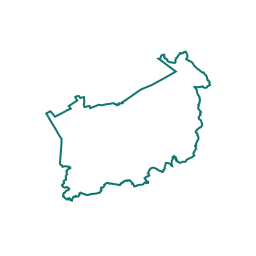 outline of Tepechitlán, Zacatecas, Mexico, rotated 140°
{"feature_id": "50627088B62604007520144", "entity_name": "Tepechitlán", "entity_type": "district", "adm_level": 2, "iso_a3": "MEX", "parent_name": "Mexico", "parent_adm1": "Zacatecas", "projection": "natural_earth1", "projection_center": [-103.352, 21.615], "detail": "fine", "context": "isolated", "style": "outline", "palette": "teal", "viewbox_px": 256, "rotation_deg": 140, "n_neighbors": 0, "source": "geoboundaries", "source_scale": "gbopen_adm2", "svg_char_len": 5760}
<svg xmlns="http://www.w3.org/2000/svg" viewBox="0 0 256 256"><g transform="rotate(140 128 128)"><path d="M34.8,149.3L35.8,149.9L36.4,149.9L36.7,150.3L37.0,150.2L37.3,149.9L39.4,150.7L39.4,151.7L40.3,152.0L40.8,151.4L42.3,151.4L43.9,150.9L44.6,150.4L44.9,150.6L46.1,150.6L46.8,149.9L47.9,149.8L48.3,149.5L48.7,148.3L49.8,147.7L50.3,147.8L51.4,148.9L52.3,150.2L53.4,151.0L54.7,153.5L54.5,154.2L53.9,155.3L54.6,156.7L55.0,158.1L54.7,158.8L54.4,158.8L54.5,159.6L54.3,159.9L53.4,160.4L53.3,161.2L53.9,161.4L54.3,161.3L54.7,161.7L55.7,162.1L58.1,160.9L59.4,159.7L59.5,160.8L60.0,161.2L55.1,140.5L70.0,143.2L82.3,145.7L93.3,149.2L112.5,150.9L115.6,151.4L116.0,150.5L116.6,150.6L117.2,151.3L117.8,151.6L119.0,152.6L119.6,151.7L120.6,152.6L120.8,152.3L121.3,152.7L121.9,152.7L121.9,153.8L122.6,154.1L122.7,154.4L122.8,155.9L123.1,156.3L128.8,159.7L129.7,160.4L133.3,162.0L135.3,164.5L144.1,167.4L143.3,169.6L147.9,172.1L146.9,174.4L145.8,175.3L144.9,175.7L141.9,180.1L145.3,181.7L145.0,183.8L146.6,185.2L148.6,185.6L149.2,181.7L159.2,182.9L159.4,179.6L164.3,181.0L165.6,181.1L171.2,182.3L176.7,183.6L176.6,186.8L176.7,190.7L181.2,191.7L182.8,182.7L184.3,172.8L185.0,169.4L186.1,162.0L187.5,160.7L188.0,159.8L203.1,144.4L203.3,143.0L202.9,142.4L202.7,141.5L203.2,140.5L203.1,140.3L201.7,139.7L200.5,138.9L199.4,137.7L198.7,136.6L198.0,136.1L197.7,135.8L197.8,135.7L197.9,134.4L198.2,134.4L198.4,134.7L199.9,134.7L201.0,135.1L201.8,134.7L202.9,134.6L202.9,134.0L203.4,133.4L203.8,133.2L203.9,132.9L204.4,132.3L204.5,131.7L205.2,131.6L206.7,131.0L206.9,130.5L207.3,130.1L207.9,129.8L208.5,128.3L209.3,128.3L210.0,128.6L211.2,128.8L211.5,128.7L212.2,126.9L212.6,126.7L213.0,126.9L213.5,126.7L214.7,126.9L215.4,126.7L215.5,126.5L215.4,126.2L215.5,125.6L215.4,125.4L215.5,124.8L215.2,124.7L215.3,124.0L215.2,123.7L214.5,122.7L213.9,122.3L212.7,122.2L212.5,121.0L212.0,119.3L212.9,118.8L213.8,118.9L215.8,119.6L216.8,119.5L217.9,118.9L218.8,119.5L219.5,119.4L221.6,117.6L221.5,117.3L221.2,117.3L221.5,116.8L221.2,116.6L221.5,116.2L221.5,115.6L221.2,115.0L221.4,114.8L220.8,112.7L220.2,111.8L219.9,111.8L219.1,112.6L218.9,112.5L218.6,112.2L218.0,112.0L218.2,111.5L218.3,110.3L218.5,110.1L218.5,109.7L217.6,108.4L216.6,109.2L216.6,109.6L215.6,109.6L214.6,110.2L214.2,110.3L213.5,110.2L213.1,109.4L212.1,109.5L211.9,109.7L211.6,109.7L211.4,109.1L211.4,108.7L211.2,108.2L210.9,107.8L210.3,107.6L209.5,107.5L209.0,107.9L208.7,107.8L208.1,108.0L207.7,109.0L207.3,109.2L206.7,109.0L206.1,109.0L206.1,108.4L205.6,108.1L204.9,107.3L204.3,105.9L203.5,104.7L203.3,104.7L203.1,103.6L202.2,102.7L200.2,101.6L199.4,101.6L199.1,101.2L198.1,100.8L197.8,100.4L197.2,100.2L196.6,99.6L194.7,98.4L194.2,98.0L193.7,97.7L192.8,97.7L191.8,96.8L190.6,96.6L189.6,97.4L189.0,97.4L188.6,97.1L188.2,97.3L187.9,97.9L188.0,98.0L187.8,99.1L187.2,99.5L186.7,99.5L186.0,99.2L185.4,98.5L183.6,98.8L182.8,99.3L182.7,99.7L181.7,99.3L181.0,99.9L180.6,99.8L179.1,99.4L178.9,99.2L178.6,98.6L178.2,98.2L178.3,97.7L177.9,97.1L176.3,96.2L176.0,95.4L172.8,91.9L171.9,90.5L171.0,89.5L170.4,89.8L169.8,89.6L169.7,90.0L168.6,90.2L168.4,90.0L168.1,90.1L167.7,89.7L166.1,89.3L165.8,89.9L164.3,89.5L163.4,88.9L162.6,88.0L162.5,87.9L162.3,88.2L162.0,87.7L161.3,87.6L160.3,87.0L160.3,86.4L160.1,86.0L160.2,84.6L160.1,83.7L160.7,82.9L159.9,82.6L160.4,80.2L160.7,79.9L160.9,79.4L159.4,78.4L158.3,78.3L157.9,77.9L157.2,77.9L156.0,77.3L153.9,75.7L152.6,75.1L151.1,75.4L149.5,75.3L149.6,74.2L148.7,74.1L148.0,73.0L147.6,73.4L147.1,73.7L147.3,74.3L147.9,74.5L148.2,75.1L147.6,77.1L147.7,78.0L147.6,78.9L146.7,78.9L143.3,78.4L143.3,78.0L142.3,77.9L141.8,79.0L141.8,79.4L141.4,79.9L141.4,80.3L141.6,80.5L141.2,80.6L140.1,81.4L139.7,81.4L137.9,82.4L137.3,82.2L136.4,82.4L135.8,82.0L134.8,81.9L134.1,81.2L133.3,80.1L133.0,79.3L132.5,78.9L132.1,77.7L132.0,76.7L131.7,75.4L131.2,75.0L131.0,74.3L130.8,74.2L130.4,73.7L130.3,72.4L129.6,72.1L128.3,72.2L127.8,73.1L127.2,72.8L126.3,73.1L125.7,73.6L125.6,74.0L121.3,76.9L120.3,75.9L119.4,74.7L119.0,73.8L118.8,72.4L119.0,71.4L118.6,70.5L117.7,72.4L116.9,73.4L115.5,74.8L114.2,75.2L113.7,75.5L112.6,77.1L110.8,76.9L110.8,76.4L111.5,75.6L111.3,75.2L110.3,75.0L110.3,74.4L111.1,74.0L111.1,73.5L111.3,73.8L111.5,73.8L111.4,73.0L111.8,72.7L112.1,71.6L111.6,69.9L110.9,68.7L110.8,68.2L110.5,68.1L109.9,67.5L107.6,66.9L106.6,65.9L105.5,65.2L105.2,65.2L104.6,65.7L104.2,65.9L102.5,65.8L100.1,65.2L98.2,64.5L95.0,64.3L95.0,65.0L94.7,65.8L94.5,66.1L94.1,66.2L93.5,67.1L92.8,67.1L92.5,67.4L92.0,67.4L90.9,67.9L89.1,68.3L88.0,71.3L87.0,70.6L86.0,72.3L84.8,72.7L83.7,73.4L81.4,74.2L80.5,74.9L79.7,76.1L79.5,77.8L79.1,77.9L78.5,79.3L78.9,79.5L78.7,81.3L78.3,81.9L74.1,82.4L72.1,82.0L72.0,81.8L71.5,81.8L69.3,82.5L68.6,83.1L68.6,84.0L67.6,86.0L67.2,87.3L67.7,88.4L67.7,89.7L67.6,90.1L67.2,90.1L66.8,90.8L66.3,91.0L65.1,91.3L64.9,91.5L64.0,91.5L63.7,92.5L63.0,92.5L62.7,93.6L61.8,93.5L61.7,97.8L61.5,98.1L60.7,98.8L60.1,99.0L59.7,100.0L58.8,100.2L58.8,100.8L57.6,101.0L56.9,101.5L56.8,101.9L56.5,101.9L56.0,102.2L55.6,102.8L55.2,102.8L54.9,103.0L54.6,103.4L54.3,104.6L54.1,105.0L53.5,105.2L53.1,107.0L53.2,108.0L52.8,108.8L52.3,110.9L50.8,113.1L50.7,114.1L50.7,116.6L50.3,116.5L49.8,116.0L49.4,115.3L48.4,114.4L46.2,113.1L45.4,112.4L44.2,112.0L44.1,111.7L43.9,111.5L44.2,111.1L43.9,110.2L42.8,108.9L42.0,108.5L40.9,108.6L40.6,108.8L39.5,108.7L39.0,108.3L37.9,108.3L37.7,108.2L37.6,108.7L37.1,109.9L36.6,109.9L36.0,110.5L35.8,112.1L36.1,112.3L36.3,113.0L36.3,113.3L35.8,113.9L35.9,114.3L35.6,115.0L34.5,117.1L34.4,119.0L34.7,119.5L34.4,121.9L35.2,122.4L35.9,125.0L36.1,126.8L36.8,128.7L37.2,133.2L36.8,136.5L36.9,137.9L37.3,138.8L38.1,139.8L38.2,140.2L38.1,140.9L39.3,143.1L38.6,143.7L37.1,144.1L35.9,145.2L35.6,146.5L34.8,148.0L35.1,148.8L34.8,149.3Z" fill="none" stroke="#0f766e" stroke-width="2"/></g></svg>